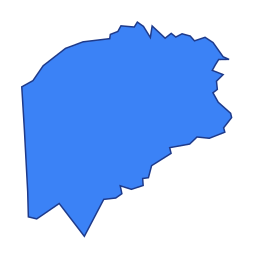 Whitley, Kentucky, United States of America (Mercator projection), rotated 86°
{"feature_id": "52423323B1147631697949", "entity_name": "Whitley", "entity_type": "district", "adm_level": 2, "iso_a3": "USA", "parent_name": "United States of America", "parent_adm1": "Kentucky", "projection": "mercator", "projection_center": [-84.171, 36.78], "detail": "fine", "context": "isolated", "style": "filled", "palette": "blue", "viewbox_px": 256, "rotation_deg": 86, "n_neighbors": 0, "source": "geoboundaries", "source_scale": "gbopen_adm2", "svg_char_len": 792}
<svg xmlns="http://www.w3.org/2000/svg" viewBox="0 0 256 256"><g transform="rotate(86 128 128)"><path d="M48.7,37.2L42.9,44.8L45.7,55.6L40.6,59.5L37.8,67.5L40.6,74.0L36.6,78.3L41.0,84.7L27.9,96.8L39.3,99.4L27.7,105.5L23.0,111.3L27.7,114.7L25.6,127.9L31.0,131.4L33.4,139.1L37.6,140.0L38.9,166.8L44.2,184.8L60.0,208.3L74.1,219.5L79.5,231.1L123.3,231.5L184.6,232.5L209.7,233.6L212.3,225.4L198.5,201.9L233.0,179.1L197.5,157.2L197.0,145.1L193.1,138.7L185.1,139.8L189.4,128.9L186.4,116.9L179.4,116.9L179.0,111.1L167.2,107.1L156.3,86.8L150.5,87.8L148.3,67.6L141.8,59.8L143.9,47.6L138.9,31.7L134.5,32.6L124.8,23.9L120.5,24.6L108.6,36.2L98.8,40.8L95.7,36.2L87.5,36.5L81.4,29.4L76.4,39.9L71.1,36.5L66.0,32.8L66.6,22.4L63.5,28.2L48.7,37.2Z" fill="#3b82f6" stroke="#1e3a8a" stroke-width="1.5"/></g></svg>